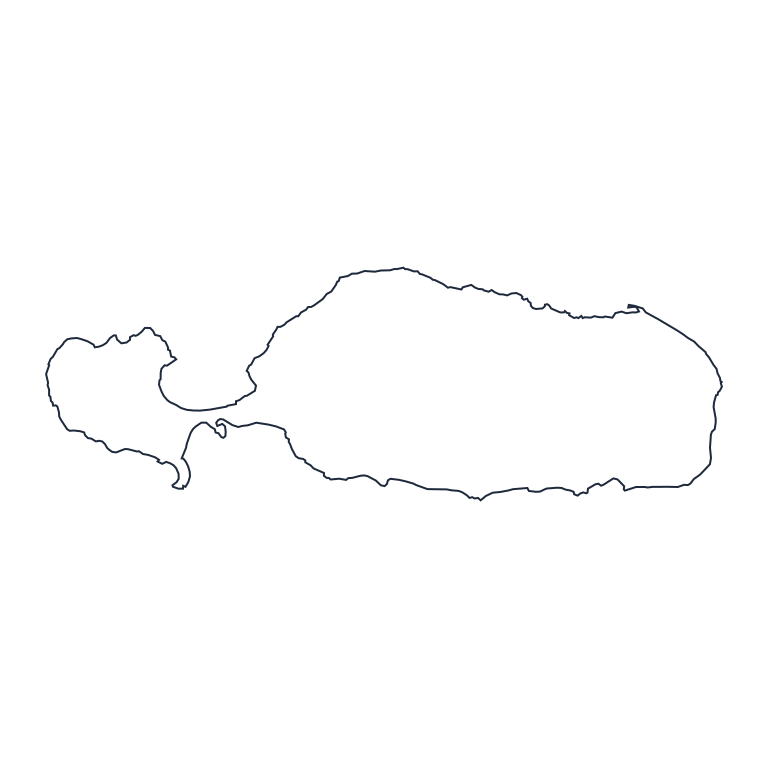 outline of Rotuma, Rotuma, Fiji
{"feature_id": "14151628B71764118664060", "entity_name": "Rotuma", "entity_type": "district", "adm_level": 2, "iso_a3": "FJI", "parent_name": "Fiji", "parent_adm1": "Rotuma", "projection": "mercator", "projection_center": [177.068, -12.502], "detail": "fine", "context": "isolated", "style": "outline", "palette": "slate", "viewbox_px": 768, "rotation_deg": 0, "n_neighbors": 0, "source": "geoboundaries", "source_scale": "gbopen_adm2", "svg_char_len": 4875}
<svg xmlns="http://www.w3.org/2000/svg" viewBox="0 0 768 768"><path d="M405.0,269.1L403.5,267.7L396.8,269.1L394.9,268.9L389.9,270.3L380.9,270.5L374.9,271.7L364.6,271.0L357.3,273.5L351.8,273.7L348.0,276.0L339.8,277.6L338.7,281.1L337.3,281.6L335.7,285.2L331.2,291.6L326.8,293.9L322.7,299.1L314.3,305.2L311.3,306.9L308.0,307.1L306.1,309.7L301.1,312.4L298.2,316.3L296.3,316.2L286.7,322.2L284.3,324.8L280.3,326.9L277.5,326.9L276.3,329.6L272.8,334.6L273.2,336.3L267.6,344.7L268.6,346.0L266.4,350.1L263.6,353.2L259.3,356.3L254.6,358.2L251.1,364.6L249.1,365.8L246.7,370.9L248.5,372.5L249.4,375.9L251.3,379.7L256.0,385.6L254.9,390.8L247.0,395.7L244.7,396.1L239.3,400.2L236.0,401.2L236.0,404.1L227.5,405.7L226.7,406.6L210.1,409.6L200.1,410.6L193.5,410.5L186.7,409.8L181.0,408.0L176.2,405.0L169.9,402.1L167.2,400.0L163.8,396.0L161.6,391.7L159.0,384.8L159.5,380.3L160.6,379.2L160.7,372.7L161.5,368.7L164.6,365.3L167.1,365.6L176.2,359.3L174.5,357.4L171.1,356.5L170.0,350.6L167.9,349.6L168.1,347.6L165.3,341.6L162.4,340.2L160.2,336.1L155.0,334.9L153.1,331.0L150.2,328.0L144.9,327.9L141.8,331.6L137.8,334.9L135.7,335.8L133.5,335.2L130.0,337.2L130.0,339.8L126.6,342.5L121.4,343.3L117.1,339.6L115.8,335.4L113.7,335.4L110.1,338.0L106.4,342.9L103.0,345.1L99.2,346.6L94.8,347.3L93.6,344.7L87.4,341.2L81.8,339.3L77.0,338.0L71.5,338.4L67.4,339.2L64.1,342.1L63.0,344.1L59.3,348.2L57.4,349.1L52.9,356.8L50.6,359.0L48.4,364.3L49.2,365.1L46.1,374.1L48.1,382.8L47.6,385.2L49.1,389.6L49.1,395.4L50.4,396.8L50.9,400.9L52.6,402.6L53.1,405.6L55.9,405.4L57.4,406.6L59.0,412.5L59.2,416.4L60.6,419.3L67.1,429.2L69.7,430.8L73.6,430.5L80.1,431.2L84.1,432.4L85.2,435.4L88.0,438.1L91.3,438.6L95.9,441.4L99.1,440.8L102.3,441.5L104.9,444.0L107.3,448.1L109.1,449.7L112.2,451.9L116.2,452.4L125.0,449.0L128.1,449.2L137.0,451.5L138.9,451.2L143.0,454.0L148.1,454.9L155.1,457.3L159.0,459.8L157.6,461.5L162.2,463.8L166.2,461.9L170.2,463.3L173.6,465.3L176.2,468.3L178.6,473.9L178.7,478.8L176.5,482.3L172.5,485.2L172.9,486.7L178.4,488.7L183.0,488.7L183.2,485.8L185.5,486.8L188.3,482.1L190.0,476.3L189.7,471.8L188.2,466.6L186.0,462.0L183.5,458.8L181.7,458.4L186.0,447.9L186.8,443.7L190.6,433.0L192.9,429.2L195.7,426.5L201.3,422.7L206.3,422.7L210.7,426.7L214.8,429.2L215.6,432.5L218.5,433.2L221.3,437.1L223.4,437.8L225.4,436.1L225.7,431.8L225.0,426.3L222.3,423.9L217.3,426.0L216.2,422.9L217.9,420.4L220.0,419.1L223.1,419.4L232.4,425.1L238.3,427.0L242.4,425.9L247.8,425.3L256.3,422.7L268.5,424.6L276.0,426.4L284.0,429.4L285.8,432.4L285.2,433.7L285.9,437.4L289.0,439.4L288.7,441.9L290.0,444.0L291.9,449.0L295.7,456.1L298.6,458.2L303.0,458.9L305.3,460.4L305.3,462.3L310.6,465.3L313.5,468.4L324.0,473.0L323.9,475.8L326.7,477.9L328.9,478.0L330.6,479.5L339.2,478.7L346.1,479.9L348.4,478.1L352.2,477.9L360.3,475.8L364.1,475.4L367.5,476.1L375.8,480.5L380.9,485.3L384.6,486.1L386.9,484.0L387.9,480.4L390.4,478.8L398.8,479.8L405.5,481.3L413.7,483.7L416.0,485.0L427.4,489.1L446.9,489.4L451.3,490.3L458.6,490.9L462.1,492.2L466.9,495.3L469.5,497.9L472.3,497.2L474.6,498.5L477.9,497.9L480.7,500.3L485.8,496.0L492.7,492.7L500.2,492.0L508.7,490.4L512.9,489.2L527.4,488.0L528.8,490.9L535.8,491.8L540.0,491.6L545.0,489.2L546.8,488.5L557.3,487.7L561.7,488.0L565.5,489.6L570.3,490.5L573.6,491.8L574.2,494.3L577.7,495.6L580.1,493.6L583.2,492.4L586.3,493.3L587.5,492.6L588.0,488.6L590.3,487.3L595.4,484.3L598.4,483.7L601.1,485.7L603.4,484.8L613.4,478.4L617.5,479.4L624.2,486.3L623.8,489.4L624.9,490.6L636.0,487.0L645.1,487.0L647.4,487.5L652.6,486.9L667.9,486.8L677.8,487.0L684.1,484.8L687.8,485.1L690.4,483.6L693.8,479.1L700.2,474.5L709.9,464.3L711.0,458.0L710.0,447.7L710.9,434.7L711.9,431.8L714.7,429.1L715.7,422.5L715.7,418.6L713.6,407.2L714.0,402.6L716.0,395.3L717.6,394.9L718.0,392.3L719.8,390.7L721.9,386.7L720.8,383.1L721.7,382.0L720.5,381.2L719.9,377.8L717.6,373.4L716.5,368.8L713.5,364.9L708.9,357.2L706.2,354.1L705.6,352.2L698.5,346.1L694.2,341.6L688.2,338.1L682.8,334.1L677.1,330.4L657.5,318.8L645.8,312.4L642.7,308.4L634.4,305.8L628.8,304.9L628.2,307.5L635.2,306.7L636.8,307.7L639.0,311.5L635.7,312.5L632.9,312.3L626.3,313.2L621.6,311.6L615.4,313.1L612.4,317.7L604.9,316.5L603.3,317.3L599.4,317.2L594.3,316.2L591.0,317.6L584.6,317.3L582.7,318.1L581.3,315.9L578.4,318.1L576.7,317.3L574.1,318.0L569.1,315.2L569.5,313.4L566.9,312.9L564.9,311.0L564.0,312.4L560.2,312.4L551.2,308.5L549.2,305.5L547.3,304.2L544.9,304.7L544.9,306.3L542.5,308.4L536.0,309.0L532.8,308.0L530.9,305.8L530.6,302.9L528.4,301.4L527.1,298.7L523.8,299.7L521.9,298.2L522.4,296.7L520.9,295.1L516.3,293.0L511.4,293.5L507.1,295.4L503.0,294.4L499.4,294.3L494.5,292.1L491.7,290.0L488.7,291.7L483.9,290.4L482.6,289.3L478.3,288.9L475.0,287.6L471.3,284.9L462.8,287.3L461.4,289.5L450.4,287.1L447.9,287.7L443.3,284.2L435.0,280.1L432.7,279.7L430.5,277.8L421.9,274.3L419.9,274.0L417.7,271.3L413.9,271.4L407.7,269.2L405.0,269.1Z" fill="none" stroke="#1e293b" stroke-width="2"/></svg>